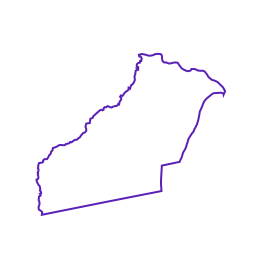 outline of Cabixi, Rondônia, Brazil, rotated 170°
{"feature_id": "56859067B41778865724378", "entity_name": "Cabixi", "entity_type": "district", "adm_level": 2, "iso_a3": "BRA", "parent_name": "Brazil", "parent_adm1": "Rondônia", "projection": "orthographic", "projection_center": [-60.622, -13.506], "detail": "fine", "context": "isolated", "style": "outline", "palette": "violet", "viewbox_px": 256, "rotation_deg": 170, "n_neighbors": 0, "source": "geoboundaries", "source_scale": "gbopen_adm2", "svg_char_len": 2694}
<svg xmlns="http://www.w3.org/2000/svg" viewBox="0 0 256 256"><g transform="rotate(170 128 128)"><path d="M104.6,198.2L104.5,196.5L103.1,196.1L102.4,194.3L102.9,193.2L103.3,191.7L104.5,191.9L104.9,190.3L106.7,190.3L107.7,189.7L108.6,188.2L108.4,186.9L107.4,186.3L107.7,184.7L108.8,185.0L108.1,183.6L110.3,183.3L111.1,181.4L111.4,179.9L112.7,177.7L112.7,176.0L113.0,174.0L113.8,172.5L114.9,171.3L116.0,170.2L117.4,169.7L118.4,168.0L119.1,166.4L120.4,167.6L121.0,165.5L122.3,164.7L123.7,164.2L125.1,163.3L127.8,160.6L129.4,161.3L130.4,160.1L129.4,158.8L129.7,157.6L130.7,156.2L131.9,155.2L132.2,153.8L132.7,152.7L133.7,153.2L134.4,152.1L135.6,151.7L136.8,151.8L139.3,151.6L140.6,151.0L142.4,151.9L144.3,153.1L145.9,152.2L147.1,152.6L148.5,151.8L148.9,150.2L150.0,149.8L151.1,150.6L152.6,150.3L155.0,148.8L156.7,147.8L158.1,146.8L159.5,146.1L160.3,145.4L160.9,144.2L163.5,143.6L164.3,140.8L164.8,139.5L166.1,139.6L168.3,139.6L169.0,138.2L169.7,136.6L169.3,134.7L169.6,132.4L171.6,130.9L173.0,130.8L174.3,129.8L175.9,128.5L176.9,127.2L179.1,126.3L180.1,125.4L181.3,125.5L182.8,125.4L184.7,124.5L186.1,123.7L187.3,124.3L188.5,123.2L192.2,122.9L193.2,122.0L194.9,122.3L196.6,122.9L198.7,123.1L199.8,122.6L201.5,122.0L202.9,121.6L205.4,121.4L206.3,119.0L208.0,117.8L208.4,116.4L209.6,115.2L210.6,114.7L211.2,113.5L213.2,111.4L214.3,111.7L216.1,111.7L217.3,110.6L217.4,109.4L219.0,108.8L220.6,108.9L221.8,108.9L222.9,106.7L223.2,105.1L223.7,103.9L223.3,102.9L223.6,101.4L224.7,99.8L224.3,98.8L225.0,97.8L224.7,96.2L225.0,94.1L226.0,93.2L227.1,93.0L227.1,91.7L226.8,89.9L225.9,87.3L225.1,86.3L225.0,84.8L225.0,83.1L225.6,81.6L224.9,80.6L224.8,79.0L226.1,78.6L225.6,77.7L225.9,76.6L227.5,76.1L228.0,74.3L228.5,72.6L228.1,71.3L228.2,70.1L228.2,68.8L228.8,67.5L229.7,65.9L230.0,64.2L229.8,62.9L228.3,61.7L227.1,60.0L227.9,57.5L171.9,58.8L158.7,59.1L106.0,60.1L105.2,67.2L104.7,70.2L101.2,85.1L83.0,85.7L82.2,87.2L80.3,89.6L78.5,93.3L77.7,94.6L75.7,96.9L74.3,98.8L72.7,102.3L71.7,103.7L70.9,105.8L69.7,107.5L68.1,109.2L66.7,110.8L63.8,113.5L62.9,115.2L62.0,116.2L59.5,119.5L57.8,122.8L55.8,127.7L54.4,131.8L52.6,134.3L50.9,136.9L49.9,138.7L49.2,139.8L47.8,141.5L45.6,143.3L38.8,147.1L37.5,147.4L30.8,146.7L28.1,145.7L28.1,144.2L26.0,147.3L26.9,150.3L27.5,151.7L31.8,157.7L34.1,159.4L37.2,161.0L39.8,164.1L41.1,167.4L42.4,169.9L44.1,171.4L46.4,171.7L49.2,172.5L51.8,174.4L55.2,175.1L56.5,173.7L58.8,173.5L61.1,174.4L64.6,177.2L66.0,179.7L67.8,183.7L70.9,184.5L74.8,184.2L76.5,184.4L78.9,185.8L81.0,186.3L82.3,187.7L82.4,190.6L82.0,193.2L82.7,194.9L85.0,195.7L87.9,196.1L89.2,195.8L90.4,195.4L93.5,195.3L95.2,195.7L99.3,197.7L101.6,198.5L104.6,198.2Z" fill="none" stroke="#5b21b6" stroke-width="2"/></g></svg>